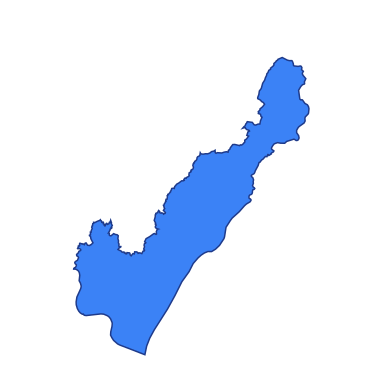 outline of Shannon Lea-7, Clare, Ireland, rotated 307°
{"feature_id": "5873133B70608760855162", "entity_name": "Shannon Lea-7", "entity_type": "district", "adm_level": 2, "iso_a3": "IRL", "parent_name": "Ireland", "parent_adm1": "Clare", "projection": "natural_earth1", "projection_center": [-8.747, 52.732], "detail": "fine", "context": "isolated", "style": "filled", "palette": "blue", "viewbox_px": 384, "rotation_deg": 307, "n_neighbors": 0, "source": "geoboundaries", "source_scale": "gbopen_adm2", "svg_char_len": 6080}
<svg xmlns="http://www.w3.org/2000/svg" viewBox="0 0 384 384"><g transform="rotate(307 192 192)"><path d="M299.6,245.0L301.2,243.2L302.3,239.9L304.3,238.4L307.5,238.0L308.9,238.2L314.6,240.0L316.8,239.6L318.8,237.8L320.1,237.3L324.1,237.8L325.1,237.6L328.9,235.3L330.4,233.5L331.1,231.6L330.7,228.9L332.0,224.8L331.8,224.2L331.1,223.7L331.1,222.2L337.4,215.9L341.8,215.4L344.2,215.7L345.9,216.8L346.5,216.6L347.5,215.5L351.0,214.7L352.0,210.5L352.7,209.1L353.4,208.6L355.4,208.3L355.6,205.9L357.5,204.9L358.1,203.6L357.8,202.6L356.2,201.2L354.2,197.8L354.1,197.0L355.5,195.6L356.9,193.4L357.0,192.7L355.5,190.7L354.7,188.8L353.7,183.1L349.7,180.8L349.1,181.0L347.2,180.4L346.5,180.6L344.2,180.1L343.6,180.2L342.8,181.0L341.4,181.0L338.1,180.2L337.2,180.9L335.4,180.1L332.9,180.8L331.6,180.6L329.9,181.4L327.6,181.8L325.1,182.7L321.4,183.0L316.4,185.0L313.2,185.0L310.1,186.7L307.0,187.6L306.1,188.3L306.6,191.4L306.1,193.1L306.4,195.0L305.8,197.1L302.6,197.1L299.3,196.3L298.4,196.9L296.0,196.6L295.6,197.5L294.8,197.5L294.6,197.8L295.3,199.9L293.8,201.8L293.9,202.9L290.2,203.8L287.1,205.3L286.0,203.9L283.8,202.6L283.2,201.5L283.1,201.0L283.9,198.3L281.5,193.9L280.9,193.8L279.9,194.2L278.7,194.0L276.8,194.6L275.6,194.2L273.5,194.1L274.7,194.9L275.4,196.0L275.0,196.5L274.8,198.2L275.6,200.5L275.3,201.2L273.7,200.5L270.2,201.7L270.7,203.6L266.9,203.6L265.7,203.0L265.0,203.0L264.0,203.9L263.1,204.2L262.7,203.9L261.3,203.9L259.4,203.4L258.7,202.2L257.7,202.1L255.7,197.5L254.4,196.0L250.4,196.0L248.7,196.5L247.3,196.0L245.5,196.8L244.9,195.3L243.2,193.7L241.1,192.3L238.6,188.5L237.4,187.9L237.4,186.9L239.2,185.3L237.9,184.9L236.0,183.3L233.6,182.7L231.8,181.4L230.8,179.9L228.9,178.1L228.1,176.7L227.9,176.0L228.3,175.0L226.0,176.2L225.1,176.1L223.5,175.3L222.4,175.4L221.0,176.2L220.4,176.3L218.8,176.1L218.1,175.7L217.4,176.1L216.6,175.8L215.9,176.4L215.3,176.0L213.7,176.7L212.6,178.3L211.0,178.9L210.1,178.8L209.9,178.4L208.8,178.1L208.5,178.6L207.8,178.5L207.7,178.9L207.1,179.0L205.6,178.2L203.7,179.3L203.6,179.8L202.6,180.0L199.9,178.7L199.4,179.1L198.6,177.9L197.0,178.0L196.6,178.8L195.5,178.1L194.7,177.0L191.1,176.0L189.2,175.1L185.9,174.9L184.2,175.7L184.0,175.0L182.6,173.7L180.7,174.4L179.5,174.4L179.2,174.8L175.5,174.5L175.4,174.2L174.7,174.7L174.1,174.4L173.3,175.3L171.3,176.4L170.6,175.7L170.2,176.0L169.7,175.9L168.8,176.9L168.5,176.6L167.3,177.0L165.9,177.0L164.7,177.5L164.2,177.2L163.1,179.0L162.6,179.2L162.3,180.2L160.1,180.2L159.6,183.1L158.7,183.4L157.9,182.8L157.2,182.6L157.6,181.7L157.1,180.3L156.6,180.2L156.1,179.1L156.2,178.5L156.9,178.1L157.2,176.5L155.9,176.6L154.8,177.1L153.6,176.1L153.0,176.0L152.3,176.6L151.7,176.4L150.0,177.6L146.6,178.9L145.2,181.8L144.3,181.9L144.0,183.3L142.5,183.4L141.6,184.2L141.5,185.7L142.0,187.2L141.6,186.9L140.6,186.9L138.9,187.3L137.1,189.0L136.5,188.8L136.2,186.9L135.3,186.4L131.0,185.1L127.1,183.4L123.8,184.1L123.7,185.6L123.2,185.7L122.2,185.1L120.7,185.7L119.6,187.1L117.4,187.7L117.0,189.1L115.9,189.2L115.7,188.7L115.1,188.5L112.6,189.0L112.0,186.9L111.1,186.3L111.1,185.9L110.6,185.8L111.0,184.9L110.9,183.9L109.7,182.2L107.8,183.1L107.2,181.9L104.4,181.8L104.6,180.4L105.5,179.5L105.8,178.8L104.5,176.6L103.3,177.0L102.9,176.5L102.8,175.9L103.1,175.7L102.7,174.7L103.2,174.5L103.0,173.6L102.3,173.0L101.9,172.2L102.2,171.1L101.5,167.5L102.9,167.4L105.3,168.2L105.6,168.0L104.6,166.5L105.5,165.5L106.5,165.1L107.1,163.8L108.9,162.6L110.1,160.9L112.7,159.4L112.8,157.8L112.1,156.7L111.6,154.5L108.3,153.7L107.8,153.0L107.9,151.7L109.0,151.1L109.4,150.3L109.0,149.9L112.0,149.5L113.1,149.0L114.4,149.5L114.7,148.9L115.2,148.8L115.4,149.1L115.6,148.7L117.3,148.5L118.1,146.7L118.5,146.3L118.9,146.3L120.4,144.1L118.6,144.8L118.1,144.8L118.0,144.3L116.5,144.7L115.2,143.9L115.7,143.0L115.5,142.5L114.2,142.5L113.1,142.9L112.5,142.9L112.6,142.1L113.4,141.9L113.0,141.4L113.7,140.5L113.4,140.1L114.1,139.9L114.5,139.2L113.5,138.2L114.2,137.5L114.4,136.8L114.2,136.5L114.7,135.5L113.8,135.4L111.6,134.0L109.3,132.9L108.6,131.7L107.9,132.3L107.0,131.8L105.2,132.8L105.1,132.6L103.5,133.1L102.8,134.3L100.7,134.7L99.2,135.6L98.8,135.0L96.8,136.6L95.8,136.1L95.4,136.4L95.4,137.7L93.8,139.4L91.8,143.5L89.1,143.1L88.7,142.7L87.7,142.5L86.6,140.6L87.6,138.2L87.0,137.5L85.1,137.6L85.3,136.8L84.5,135.9L84.6,135.4L84.0,134.8L84.0,134.0L83.4,133.2L82.4,133.7L81.5,134.6L81.0,134.5L80.8,133.9L80.4,133.7L79.6,134.3L78.0,134.6L78.0,135.1L78.8,135.7L79.1,136.5L79.2,137.6L78.7,138.1L78.2,138.2L76.6,137.4L74.8,137.8L72.7,137.4L71.7,138.3L71.8,139.9L71.3,140.9L68.5,141.6L66.5,140.8L65.4,140.7L64.9,141.0L64.4,141.9L64.3,143.4L63.2,144.1L61.7,144.3L60.7,143.7L59.7,143.6L59.2,143.9L60.4,145.6L60.6,147.2L60.6,148.6L59.8,150.5L57.9,152.5L53.2,155.3L52.1,157.7L50.3,160.0L49.4,160.6L47.8,161.3L38.8,163.3L34.5,165.6L32.2,167.5L29.9,170.6L28.7,173.3L28.2,175.6L28.4,178.0L29.1,178.7L28.7,180.1L29.6,181.8L39.8,192.6L41.3,195.0L42.3,199.0L42.3,200.9L41.7,203.3L39.7,206.7L38.9,207.5L36.5,209.0L31.4,211.3L28.7,213.1L27.4,215.7L26.3,218.7L25.9,224.0L26.3,226.3L33.7,252.3L41.7,248.5L49.9,246.2L59.4,244.8L83.7,242.9L99.0,240.7L114.3,237.9L126.6,237.6L135.6,236.0L143.0,236.5L147.1,237.3L150.8,238.6L154.0,240.5L156.2,243.5L160.5,245.2L165.9,246.1L173.9,245.6L175.7,245.0L184.3,240.4L192.4,239.8L195.4,239.8L204.7,241.6L212.7,242.2L215.2,242.7L219.1,244.3L220.7,244.2L221.3,243.8L221.6,242.9L221.3,241.8L221.5,241.2L222.5,240.3L223.6,239.9L224.5,240.0L225.5,240.7L226.7,241.0L228.0,240.5L229.1,239.7L230.4,239.3L231.6,240.1L232.6,240.0L232.9,239.0L232.7,238.2L233.5,236.5L235.9,235.8L237.1,234.6L238.7,233.9L240.1,231.8L240.1,230.3L240.5,229.6L241.3,229.4L244.0,230.5L245.2,230.4L247.0,229.8L252.9,228.9L255.9,227.8L256.9,228.4L259.3,228.3L260.9,228.9L264.5,229.2L265.3,230.6L268.2,229.9L267.8,230.2L267.4,231.4L270.0,232.4L270.2,232.0L271.6,232.2L273.0,232.9L274.1,232.7L274.1,229.9L274.6,229.3L275.3,228.9L277.7,228.6L280.0,228.7L282.9,230.6L284.2,233.2L286.7,236.7L289.4,237.2L295.4,241.5L295.7,242.1L295.8,244.2L296.5,245.0L297.7,245.5L299.6,245.0Z" fill="#3b82f6" stroke="#1e3a8a" stroke-width="1.5"/></g></svg>